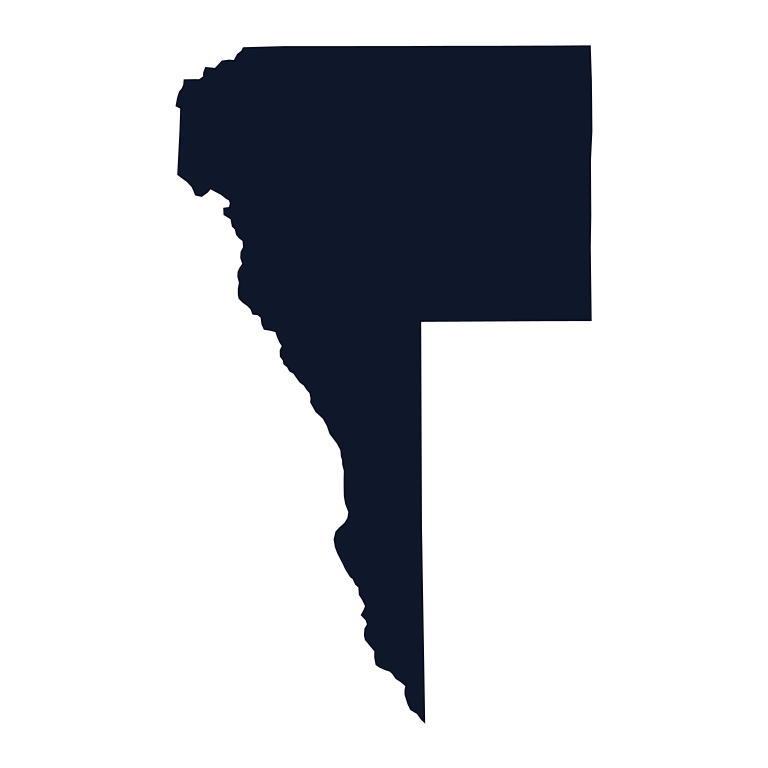 Santa Luzia D'Oeste, Rondônia, Brazil (Mercator projection)
{"feature_id": "56859067B12589205875865", "entity_name": "Santa Luzia D'Oeste", "entity_type": "district", "adm_level": 2, "iso_a3": "BRA", "parent_name": "Brazil", "parent_adm1": "Rondônia", "projection": "mercator", "projection_center": [-61.766, -12.143], "detail": "fine", "context": "isolated", "style": "filled", "palette": "ink", "viewbox_px": 768, "rotation_deg": 0, "n_neighbors": 0, "source": "geoboundaries", "source_scale": "gbopen_adm2", "svg_char_len": 2035}
<svg xmlns="http://www.w3.org/2000/svg" viewBox="0 0 768 768"><path d="M178.0,174.5L182.7,178.0L187.3,181.3L192.3,186.7L193.9,190.2L195.7,194.8L201.6,196.1L207.4,191.9L210.2,188.3L214.4,190.5L221.5,194.3L226.5,198.2L229.7,200.0L230.6,203.5L229.6,207.7L224.0,208.5L224.3,214.5L231.2,218.8L232.6,226.2L235.5,229.0L236.8,234.5L239.5,237.8L243.3,240.6L243.8,247.4L241.3,252.1L241.0,257.9L243.1,263.8L240.4,267.7L238.4,271.7L238.1,276.5L239.7,282.7L238.6,288.4L238.6,294.8L239.3,298.3L243.1,302.2L247.4,305.1L251.2,309.0L253.0,313.9L257.9,314.4L261.3,317.3L262.2,324.1L264.4,329.0L270.6,330.0L276.0,331.5L277.8,337.0L280.0,342.0L282.6,345.9L280.5,350.3L280.6,356.4L283.5,360.1L284.2,364.0L287.7,366.7L289.8,370.8L293.8,373.0L300.1,381.9L304.3,385.0L307.3,389.6L310.2,392.7L311.3,398.5L310.9,402.2L316.2,411.6L323.4,418.2L327.5,425.6L330.2,433.5L337.6,443.3L341.1,450.0L341.6,456.2L342.9,460.1L342.9,464.0L344.6,470.8L344.4,479.3L344.4,486.7L344.6,496.3L345.9,503.8L349.1,512.0L348.1,518.3L345.0,523.3L339.6,528.2L336.2,531.9L334.4,539.3L335.6,546.9L338.0,553.2L343.2,563.3L345.8,568.9L350.6,576.6L353.3,578.6L355.7,584.0L359.1,587.1L359.6,594.7L362.7,599.5L365.9,606.1L364.1,610.5L361.6,615.0L366.1,619.7L367.8,624.3L365.1,629.0L364.7,635.5L365.6,639.5L370.5,645.6L375.1,651.0L375.0,657.3L376.3,664.5L380.3,667.3L386.5,669.8L389.8,670.8L392.6,673.2L396.2,678.4L401.3,681.7L406.2,685.9L405.3,690.0L405.3,694.6L408.2,703.9L410.9,709.5L417.4,713.3L421.5,719.0L424.4,721.9L421.2,526.7L420.8,425.4L420.4,321.1L440.2,321.0L543.8,320.4L590.9,320.3L590.0,247.7L590.5,215.8L590.4,198.5L590.2,160.5L591.6,131.2L591.4,105.0L591.1,79.3L590.9,74.5L590.0,46.1L552.1,46.4L541.4,46.4L498.7,46.6L453.3,46.6L409.1,46.8L366.4,46.8L346.3,46.9L324.6,46.9L283.7,46.9L243.5,48.0L242.0,51.2L237.7,54.5L234.3,60.9L229.2,60.4L222.2,61.3L215.3,68.7L205.7,67.8L203.9,72.9L203.9,76.7L199.4,80.0L195.1,79.9L184.4,80.1L184.0,84.8L182.5,88.6L179.8,91.9L177.8,98.0L176.4,105.8L181.0,108.1L180.3,129.8L178.0,174.5Z" fill="#0f172a" stroke="#020617" stroke-width="1.5"/></svg>